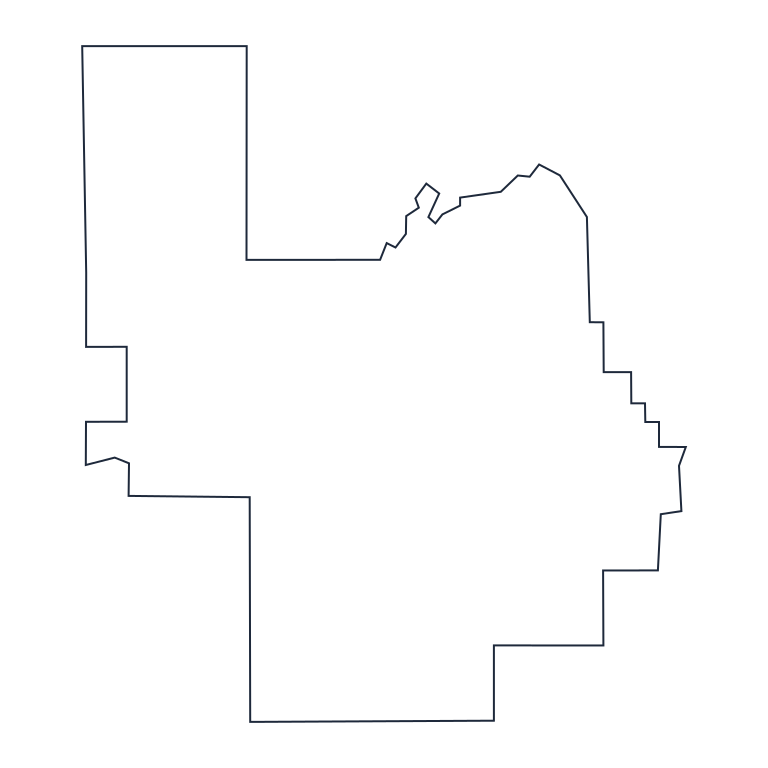 Power, Idaho, United States of America (Robinson projection)
{"feature_id": "52423323B18276050714213", "entity_name": "Power", "entity_type": "district", "adm_level": 2, "iso_a3": "USA", "parent_name": "United States of America", "parent_adm1": "Idaho", "projection": "robinson", "projection_center": [-112.754, 42.719], "detail": "fine", "context": "isolated", "style": "outline", "palette": "slate", "viewbox_px": 768, "rotation_deg": 0, "n_neighbors": 0, "source": "geoboundaries", "source_scale": "gbopen_adm2", "svg_char_len": 767}
<svg xmlns="http://www.w3.org/2000/svg" viewBox="0 0 768 768"><path d="M246.7,46.1L82.2,46.1L86.2,272.8L86.1,346.9L126.7,346.8L126.7,421.7L86.0,421.8L85.8,465.0L114.7,457.6L129.0,463.3L128.6,495.9L249.7,497.2L250.2,721.9L251.4,721.9L493.9,720.7L493.9,645.4L603.4,645.5L603.1,570.5L657.9,570.4L660.8,514.2L681.4,511.1L679.0,465.8L685.8,447.0L659.0,446.9L659.0,422.0L645.3,422.0L645.0,403.3L631.3,403.3L631.1,372.1L603.7,372.1L603.4,322.3L589.8,322.2L586.9,217.0L559.9,175.4L539.1,164.5L529.7,176.7L517.8,175.5L500.8,191.8L460.1,197.6L460.1,205.6L442.4,214.4L435.4,223.4L428.4,217.1L439.2,193.5L426.3,183.6L415.4,198.4L418.8,207.7L406.2,216.1L405.9,233.9L395.5,247.5L386.7,243.1L380.1,259.8L246.5,259.9L246.7,46.1Z" fill="none" stroke="#1e293b" stroke-width="2"/></svg>